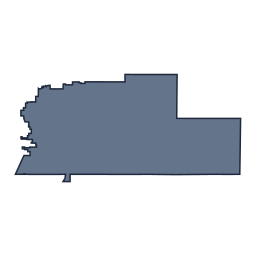 East Pilbara, Western Australia, Australia
{"feature_id": "25037944B14743311013482", "entity_name": "East Pilbara", "entity_type": "district", "adm_level": 2, "iso_a3": "AUS", "parent_name": "Australia", "parent_adm1": "Western Australia", "projection": "natural_earth1", "projection_center": [120.361, -21.612], "detail": "fine", "context": "isolated", "style": "filled", "palette": "slate", "viewbox_px": 256, "rotation_deg": 0, "n_neighbors": 0, "source": "geoboundaries", "source_scale": "gbopen_adm2", "svg_char_len": 2596}
<svg xmlns="http://www.w3.org/2000/svg" viewBox="0 0 256 256"><path d="M15.4,174.3L23.7,174.3L23.7,173.8L25.1,173.8L25.1,174.3L31.9,174.4L46.7,174.4L56.2,174.4L65.6,174.3L65.3,175.9L65.3,176.0L65.2,176.7L65.2,176.8L65.1,178.1L64.9,178.6L63.0,181.6L66.6,181.6L70.1,181.6L70.1,174.3L80.7,174.3L90.9,174.3L101.5,174.3L113.2,174.4L124.7,174.4L136.3,174.4L147.8,174.3L155.7,174.4L165.2,174.5L176.1,174.6L214.6,174.3L228.8,174.4L239.8,174.3L240.6,118.4L176.7,118.4L177.1,74.5L134.3,74.5L125.0,74.4L125.0,81.9L85.0,81.8L85.0,83.4L80.8,83.4L80.8,82.8L79.1,82.8L79.1,81.9L72.5,82.0L72.5,84.8L65.5,84.8L65.5,84.0L63.3,84.0L63.0,88.9L59.2,88.9L58.2,88.9L50.1,88.9L50.1,85.3L49.9,85.3L49.7,85.4L49.2,85.4L49.0,85.5L48.9,85.5L48.7,85.4L48.4,85.4L48.2,85.4L48.1,85.5L47.4,85.7L47.2,85.7L46.9,85.8L46.6,85.9L46.2,86.0L45.9,86.2L45.9,86.3L45.8,86.2L45.8,86.3L45.8,86.2L45.7,86.2L45.8,86.2L45.7,86.2L45.3,86.4L45.2,86.4L44.9,86.4L44.7,86.4L44.3,86.4L44.2,86.4L44.2,86.5L44.2,86.4L44.3,86.4L44.2,86.3L44.0,86.2L43.9,86.2L43.7,86.0L43.8,86.2L43.8,86.3L43.7,86.5L43.6,86.4L43.5,86.2L43.5,86.3L43.4,86.3L43.2,86.3L43.0,86.5L42.9,86.5L43.0,86.6L43.3,86.7L43.3,86.8L43.4,86.7L43.4,86.8L43.3,86.7L43.2,86.7L43.2,86.8L43.2,86.7L43.2,86.8L43.2,87.0L43.3,87.1L43.3,87.3L43.2,87.3L43.2,87.2L43.2,87.3L43.3,87.4L43.3,87.5L43.3,87.4L43.2,87.5L42.9,87.6L42.8,87.8L42.7,87.7L42.6,87.8L42.4,87.9L42.3,88.0L42.2,88.0L42.3,88.0L42.3,87.9L42.5,87.8L42.5,87.7L42.4,87.6L42.4,87.4L42.4,87.2L42.2,87.1L41.9,87.2L41.9,87.3L41.8,87.5L41.8,87.8L41.7,87.9L41.7,88.0L41.3,88.3L41.2,88.4L40.7,88.7L40.5,88.8L40.1,88.9L40.0,89.0L39.8,89.0L39.7,89.1L39.4,89.2L39.5,89.2L39.5,88.9L39.4,88.9L39.4,89.0L39.4,88.9L39.1,88.8L39.0,88.7L38.9,88.7L38.7,88.6L38.4,88.4L38.3,96.4L35.7,96.4L35.7,101.9L31.3,101.9L31.3,102.1L27.1,102.1L27.1,102.9L27.2,103.2L25.6,103.2L25.6,107.7L23.5,107.7L23.5,108.8L23.7,110.3L20.9,110.3L20.9,115.9L23.2,115.9L23.2,116.0L23.5,116.0L23.8,116.4L23.8,116.5L23.9,116.8L23.9,118.1L23.8,118.4L23.8,118.5L25.1,121.9L28.7,121.9L28.8,124.9L28.6,124.9L28.6,126.9L30.0,126.9L30.0,129.3L31.3,129.3L31.3,133.4L28.8,133.4L28.8,135.6L27.5,135.6L27.5,136.9L27.7,137.3L27.7,137.5L27.7,137.9L22.1,137.9L22.1,136.8L21.0,136.8L21.0,138.7L21.6,138.7L21.6,139.1L23.4,139.1L27.2,139.2L27.2,139.5L32.4,139.5L32.4,142.3L31.3,142.3L31.3,143.1L35.5,143.1L35.5,143.4L35.9,143.4L35.9,145.3L36.5,145.3L36.5,147.1L31.6,147.1L30.1,147.0L30.1,147.7L24.5,147.7L24.5,147.0L22.3,147.0L22.3,148.8L24.5,148.8L24.5,149.6L27.7,149.6L27.8,151.7L30.1,151.7L30.1,155.5L24.0,155.5L22.2,159.3L15.4,174.3Z" fill="#64748b" stroke="#1e293b" stroke-width="1.5"/></svg>